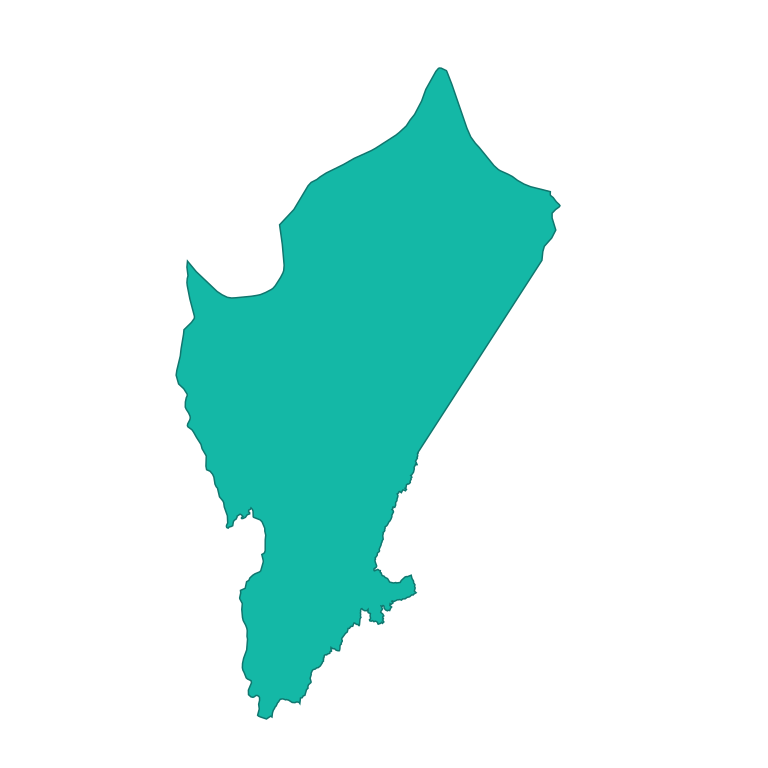 the district of Bualapha, Khammouan, Laos, rotated 73°
{"feature_id": "54806243B82377713639337", "entity_name": "Bualapha", "entity_type": "district", "adm_level": 2, "iso_a3": "LAO", "parent_name": "Laos", "parent_adm1": "Khammouan", "projection": "albers", "projection_center": [106.234, 17.341], "detail": "fine", "context": "isolated", "style": "filled", "palette": "teal", "viewbox_px": 768, "rotation_deg": 73, "n_neighbors": 0, "source": "geoboundaries", "source_scale": "gbopen_adm2", "svg_char_len": 6167}
<svg xmlns="http://www.w3.org/2000/svg" viewBox="0 0 768 768"><g transform="rotate(73 384 384)"><path d="M670.0,594.3L668.6,589.9L668.6,589.4L669.7,588.5L665.9,586.8L663.6,585.2L662.3,583.6L661.3,582.9L660.4,581.3L657.7,578.9L657.3,578.0L655.2,575.5L655.4,573.4L655.8,572.4L657.3,570.4L657.2,569.7L658.4,567.7L661.7,564.9L662.7,562.3L662.5,560.3L663.6,558.3L664.9,557.9L659.9,555.7L660.1,554.0L658.6,552.3L658.6,550.7L653.7,547.5L652.6,545.5L651.5,545.5L649.6,544.2L648.1,541.1L647.4,540.8L643.8,540.7L640.7,538.6L639.3,538.3L636.8,536.1L636.4,534.9L636.5,533.0L635.8,531.5L636.0,529.8L635.0,527.3L632.6,524.5L632.0,524.4L631.3,522.9L629.8,522.6L629.4,522.1L628.4,522.1L628.1,521.4L626.1,520.4L625.8,519.0L626.3,518.0L625.7,517.1L625.7,514.9L625.5,514.4L624.7,514.2L624.0,513.4L624.3,512.8L624.1,512.3L621.2,512.1L620.5,511.7L621.5,511.3L621.7,510.5L622.3,510.3L622.6,508.8L624.6,507.6L625.7,505.9L626.0,504.6L624.5,503.7L621.0,502.4L620.2,500.8L619.2,500.7L617.9,499.2L617.0,498.9L615.9,499.1L614.9,498.7L611.2,493.7L610.4,491.6L607.3,489.8L607.6,488.4L606.8,487.8L606.7,487.1L606.1,486.4L606.6,484.8L603.8,482.7L604.0,481.9L605.1,481.2L606.1,480.1L606.4,479.1L607.5,478.6L608.2,478.9L607.2,477.9L602.0,475.8L601.0,475.1L600.5,474.3L599.0,474.4L597.3,473.6L596.1,473.6L595.0,472.9L593.6,472.6L592.3,471.5L592.3,470.8L593.7,470.3L594.1,469.6L595.0,469.1L595.8,466.7L594.9,465.2L597.4,466.0L598.2,465.8L599.5,464.1L601.7,465.1L603.9,465.3L604.7,465.7L605.2,466.8L606.3,466.8L607.1,465.6L606.9,464.2L608.4,463.1L608.2,461.7L608.9,460.8L610.1,459.9L611.6,460.0L612.0,459.7L611.9,457.1L611.2,455.8L612.4,455.4L611.5,453.7L609.2,454.3L608.4,453.2L607.7,453.2L607.4,453.7L606.1,453.2L605.7,452.0L603.6,452.4L601.4,453.9L600.4,453.3L598.9,451.3L595.5,451.6L596.1,450.6L595.5,449.8L595.8,449.3L596.5,449.0L598.5,449.4L600.6,448.5L601.9,447.1L601.6,446.2L602.3,444.8L600.4,443.3L599.5,441.9L597.5,443.2L595.9,442.4L596.8,441.7L596.0,439.4L595.3,439.3L594.2,440.1L593.8,439.6L594.7,438.6L594.9,437.8L594.3,434.2L594.7,433.0L594.7,432.0L595.8,430.4L595.0,429.1L595.6,426.5L594.8,424.3L595.0,421.7L593.8,419.2L594.3,417.8L593.7,417.0L593.0,414.3L590.9,415.5L588.1,413.8L586.8,414.0L584.9,413.1L583.0,413.8L581.1,413.4L578.1,414.1L574.8,413.9L575.1,418.1L574.7,418.9L574.7,420.3L576.9,424.9L578.5,426.5L577.9,430.3L577.3,430.7L577.1,433.0L575.1,436.5L571.1,437.5L569.3,439.5L567.7,440.2L566.7,441.8L563.6,442.0L563.4,442.5L562.7,442.6L561.4,442.1L561.1,442.9L559.5,444.1L559.9,447.6L559.6,448.0L558.8,448.0L557.7,447.4L557.9,446.7L557.2,446.2L557.0,445.1L555.9,444.2L551.5,444.4L549.6,444.1L549.1,443.4L547.5,443.2L547.1,442.2L545.8,440.6L543.7,439.7L542.9,437.7L542.3,437.1L540.6,436.9L537.0,433.8L535.8,433.3L534.5,432.1L533.2,431.4L532.3,430.2L528.6,429.5L526.9,428.5L525.7,428.2L525.2,427.0L524.4,426.1L523.5,426.1L522.7,425.3L520.9,424.7L520.4,422.9L519.6,421.8L517.3,419.6L516.8,418.5L515.3,416.9L513.3,415.3L511.8,414.9L509.1,412.3L507.8,412.3L506.3,413.1L505.8,412.0L504.4,411.6L504.3,411.2L505.1,409.8L503.3,408.3L500.7,407.5L499.4,405.8L497.5,405.0L495.9,403.8L494.7,403.3L492.9,403.5L492.5,402.0L491.3,401.0L491.4,400.4L493.0,399.2L490.9,397.1L491.0,396.4L492.4,394.7L491.3,393.3L489.8,394.3L489.6,393.3L487.0,392.0L486.5,390.7L486.8,390.2L486.6,388.8L485.8,387.6L485.0,387.6L484.1,387.0L483.1,385.9L482.0,385.9L481.5,384.7L480.2,384.7L479.3,385.2L478.9,384.0L477.0,381.6L474.1,379.9L472.5,379.6L470.5,377.6L470.8,375.9L470.1,375.9L469.6,376.9L468.8,376.1L467.0,376.4L464.6,373.7L463.8,373.9L462.7,372.8L460.5,372.4L460.0,372.0L460.0,371.4L459.2,371.3L311.9,196.8L303.8,193.4L299.2,190.4L293.4,180.9L287.0,174.7L274.4,174.7L269.8,173.3L267.3,168.8L266.0,164.9L265.0,163.6L263.8,163.9L260.0,166.0L255.2,167.7L252.4,169.6L251.4,169.6L248.7,168.7L238.2,186.1L233.8,191.6L228.3,196.8L223.2,200.5L219.7,204.0L214.0,210.5L212.3,212.0L207.3,215.0L185.6,223.8L180.4,226.3L173.1,228.8L163.7,229.9L117.3,231.5L103.8,232.5L102.6,232.7L98.7,236.9L98.0,238.7L98.1,239.7L100.2,243.0L114.5,257.9L124.4,265.3L135.2,276.0L139.0,281.6L143.7,287.2L148.0,296.1L149.5,299.9L156.1,323.3L157.1,328.0L159.5,346.5L162.3,358.9L165.3,377.5L167.3,384.7L168.8,388.4L169.9,394.7L172.2,398.6L190.8,419.2L201.2,437.3L220.6,440.4L241.3,444.8L246.1,446.7L248.1,448.1L251.7,451.6L258.2,459.2L260.0,462.1L260.7,464.2L261.9,470.6L262.4,476.1L262.1,479.6L261.3,485.3L258.1,501.0L257.2,504.6L255.3,508.5L251.4,512.7L246.8,516.5L221.7,530.7L209.0,536.0L214.6,538.3L223.2,539.8L225.6,541.3L229.4,542.8L232.5,543.4L245.9,544.8L263.8,545.5L265.8,546.2L268.8,550.1L273.6,559.4L277.9,561.2L291.1,567.8L297.6,570.6L310.5,578.2L314.8,580.2L323.9,580.4L330.0,576.9L336.2,575.2L337.8,575.7L339.3,577.1L343.1,579.2L348.0,580.8L350.4,580.5L354.6,579.3L358.0,578.9L359.9,579.2L361.5,580.2L364.8,583.4L366.4,584.2L367.7,584.0L371.7,581.0L374.3,580.2L380.3,578.9L388.2,576.7L392.7,576.9L400.8,575.0L410.5,578.3L414.1,578.7L416.6,575.8L420.2,574.3L423.3,573.9L430.3,574.9L433.2,574.5L434.9,573.7L443.8,574.3L448.7,572.3L450.6,572.0L454.9,572.7L464.2,572.3L471.2,574.1L473.1,575.9L474.4,576.4L475.3,576.3L476.3,575.2L475.5,573.9L475.6,571.7L475.3,570.1L472.0,568.5L471.1,567.7L470.5,566.9L470.0,565.0L468.4,563.5L467.4,563.1L466.4,559.7L467.4,558.6L469.4,557.6L470.0,559.2L470.6,559.6L471.1,559.4L471.4,558.3L471.0,555.5L469.1,553.1L468.9,550.4L467.6,550.1L466.7,550.9L465.1,550.3L464.7,548.4L463.6,547.4L465.6,546.5L467.2,546.4L472.8,547.9L473.4,547.6L477.8,542.1L480.3,540.9L487.1,540.2L489.9,541.0L494.0,541.3L498.2,543.1L508.5,546.3L510.1,547.4L510.8,548.4L511.3,550.7L517.5,551.1L518.9,551.5L526.6,556.5L527.3,557.9L527.8,562.9L528.5,565.4L530.2,568.9L532.3,570.7L532.9,573.2L538.8,576.5L539.4,581.6L541.9,582.1L546.4,584.6L547.3,584.7L552.5,583.7L558.0,585.9L565.9,587.6L569.1,587.8L574.2,586.8L577.5,586.6L579.9,586.9L585.3,588.8L588.1,589.1L598.2,593.1L605.2,598.4L609.9,601.0L613.9,602.4L616.3,602.6L619.1,602.1L624.7,601.7L626.2,600.8L628.8,597.9L631.0,598.1L637.1,603.2L641.5,604.4L644.3,602.7L645.3,600.9L645.2,599.5L644.4,597.4L644.9,596.1L646.2,595.0L647.5,594.7L650.2,595.5L653.6,597.5L658.3,598.3L663.8,601.7L664.8,601.2L666.3,599.5L670.0,594.3Z" fill="#14b8a6" stroke="#0f766e" stroke-width="1.5"/></g></svg>